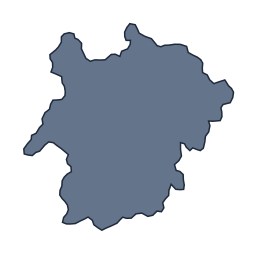 outline of Pedra do Anta, Minas Gerais, Brazil, rotated 5°
{"feature_id": "56859067B84251367202805", "entity_name": "Pedra do Anta", "entity_type": "district", "adm_level": 2, "iso_a3": "BRA", "parent_name": "Brazil", "parent_adm1": "Minas Gerais", "projection": "natural_earth1", "projection_center": [-42.727, -20.595], "detail": "fine", "context": "isolated", "style": "filled", "palette": "slate", "viewbox_px": 256, "rotation_deg": 5, "n_neighbors": 0, "source": "geoboundaries", "source_scale": "gbopen_adm2", "svg_char_len": 2152}
<svg xmlns="http://www.w3.org/2000/svg" viewBox="0 0 256 256"><g transform="rotate(5 128 128)"><path d="M32.6,143.7L32.6,147.9L29.4,152.2L26.0,157.9L26.9,162.9L30.7,163.6L35.0,163.8L38.3,160.4L42.0,158.8L44.2,155.7L46.6,152.3L50.2,148.8L54.9,149.1L58.9,151.8L63.1,154.2L67.0,156.9L70.9,159.7L69.4,164.7L70.9,168.9L74.5,171.4L75.4,176.4L71.4,179.3L68.7,182.6L67.0,186.5L67.2,191.5L65.7,196.1L65.9,200.7L68.5,204.0L71.4,206.5L74.4,210.1L75.7,214.7L74.4,219.0L71.7,222.7L71.0,227.7L75.0,228.9L78.4,228.7L83.8,227.8L88.7,224.7L92.2,222.7L96.0,220.2L100.5,223.0L102.5,227.4L107.1,230.2L110.9,232.1L114.7,229.7L120.0,226.9L125.3,223.8L128.1,220.1L130.5,217.3L134.2,218.1L139.1,217.5L143.5,212.8L149.3,211.6L155.4,214.3L160.3,212.8L164.1,208.3L168.6,208.5L170.7,204.4L169.1,199.4L171.6,195.1L174.4,191.6L174.2,186.6L175.9,180.3L180.9,184.9L185.3,184.9L188.8,184.3L189.0,179.9L187.7,174.9L187.0,169.5L183.5,166.8L179.6,166.0L177.5,160.4L181.5,156.1L183.7,151.3L182.2,144.8L181.6,138.0L185.7,138.8L187.7,142.0L191.6,145.1L194.2,142.2L198.8,143.5L202.0,144.2L204.8,141.6L205.7,135.4L205.9,129.5L208.7,124.9L209.4,118.6L207.7,114.1L212.2,113.8L215.8,113.2L219.2,112.6L220.6,108.6L220.0,103.8L218.8,99.8L220.6,96.3L227.6,93.9L229.7,88.5L230.0,83.2L227.7,79.7L224.4,77.1L220.3,71.7L215.0,73.9L209.6,76.3L205.1,72.8L202.3,68.2L197.5,66.3L196.8,62.0L196.8,57.0L194.5,53.6L190.9,51.4L186.0,49.6L181.4,47.5L179.3,41.6L172.8,40.1L167.1,40.5L161.9,41.8L157.2,42.4L153.7,44.2L149.9,43.5L147.0,40.5L143.6,37.0L137.0,35.3L130.9,32.6L128.6,28.4L126.2,24.5L120.7,23.9L118.1,28.0L116.3,32.8L116.8,37.2L118.5,40.9L122.8,40.5L122.9,44.6L120.7,49.2L115.0,52.1L113.6,57.4L108.9,55.6L104.9,56.2L102.2,59.0L99.4,62.0L94.8,62.7L89.1,63.0L84.6,64.8L80.0,62.3L77.1,57.3L74.7,53.2L74.4,47.7L70.5,44.2L67.2,43.1L65.9,39.0L61.3,38.1L56.2,39.8L53.7,42.9L54.1,48.3L51.6,53.4L49.3,56.4L46.6,59.1L43.8,61.7L44.4,65.8L47.1,69.3L47.7,74.1L46.4,78.9L51.2,80.4L57.4,82.6L58.5,88.7L61.0,92.0L62.3,97.0L62.4,101.2L59.6,105.3L55.4,106.2L50.8,106.8L48.9,110.9L48.1,116.2L44.0,119.9L41.6,126.4L42.9,131.5L39.8,135.3L36.9,141.3L32.6,143.7Z" fill="#64748b" stroke="#1e293b" stroke-width="1.5"/></g></svg>